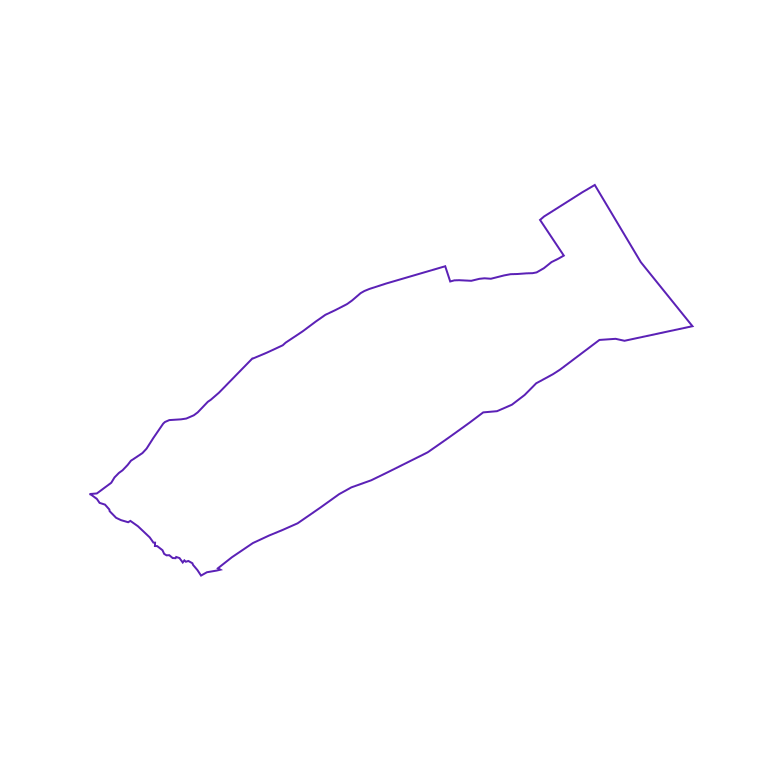 Aana Alofi II, A'ana, Samoa (Mercator projection), rotated 255°
{"feature_id": "51752279B99154731700869", "entity_name": "Aana Alofi II", "entity_type": "district", "adm_level": 2, "iso_a3": "WSM", "parent_name": "Samoa", "parent_adm1": "A'ana", "projection": "mercator", "projection_center": [-171.95, -13.853], "detail": "fine", "context": "isolated", "style": "outline", "palette": "violet", "viewbox_px": 768, "rotation_deg": 255, "n_neighbors": 0, "source": "geoboundaries", "source_scale": "gbopen_adm2", "svg_char_len": 1594}
<svg xmlns="http://www.w3.org/2000/svg" viewBox="0 0 768 768"><g transform="rotate(255 384 384)"><path d="M521.7,639.1L517.9,625.3L504.4,582.0L502.1,577.2L461.5,590.9L459.9,584.8L458.4,577.3L454.5,568.5L452.3,560.3L452.6,556.2L454.0,550.3L455.7,541.4L457.3,534.7L457.8,528.1L458.0,514.5L460.1,508.4L460.9,503.4L461.1,495.0L464.8,483.5L465.9,478.8L465.9,474.5L481.9,473.6L480.5,412.1L479.6,394.6L478.9,389.1L477.8,384.9L472.9,374.7L470.7,368.8L467.9,355.8L466.0,345.3L462.0,334.3L455.9,319.0L449.4,299.7L447.6,296.2L444.6,279.0L442.5,263.6L442.7,263.4L418.3,222.3L413.6,212.6L412.4,209.2L404.8,196.7L403.0,192.2L401.8,184.1L402.4,178.8L404.7,167.3L404.0,162.6L402.9,160.5L391.6,147.3L383.0,137.9L379.8,132.8L375.4,119.7L372.2,115.5L368.3,109.1L366.7,104.9L363.5,99.5L359.2,95.0L352.6,78.3L353.9,71.1L352.8,72.5L347.3,76.9L342.8,78.5L339.7,83.3L333.9,86.2L332.1,86.1L324.1,90.6L320.6,94.7L316.7,101.1L317.4,103.6L310.3,109.5L296.5,118.0L290.5,120.2L290.0,121.8L286.8,120.8L286.1,123.0L280.8,127.0L276.8,127.7L274.8,129.6L274.2,132.3L270.6,134.8L269.7,137.6L270.7,138.5L268.8,141.4L263.7,143.4L265.3,145.5L263.6,146.6L263.7,149.2L260.5,152.5L258.5,152.8L252.6,155.6L246.3,157.7L248.0,164.2L247.1,174.1L247.0,177.9L249.0,175.9L256.0,192.2L264.3,216.2L267.4,233.9L269.3,248.5L271.8,264.5L281.1,290.6L289.2,312.1L292.6,325.7L294.3,346.7L297.8,364.8L306.7,408.5L315.4,432.5L324.5,456.6L330.9,472.5L328.5,486.1L330.9,502.2L337.0,517.0L345.3,531.2L349.7,549.6L352.3,557.7L370.8,603.5L367.7,619.4L363.5,627.5L360.0,696.9L435.2,663.6L521.7,639.1Z" fill="none" stroke="#5b21b6" stroke-width="2"/></g></svg>